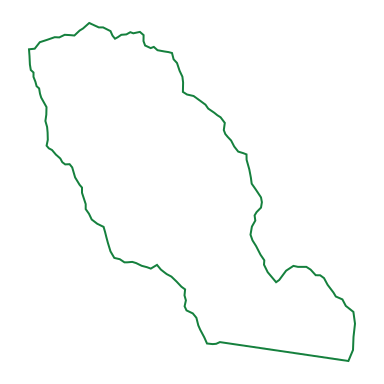 Damianópolis, Goiás, Brazil (Equal Earth projection)
{"feature_id": "56859067B27804700645392", "entity_name": "Damianópolis", "entity_type": "district", "adm_level": 2, "iso_a3": "BRA", "parent_name": "Brazil", "parent_adm1": "Goiás", "projection": "equal_earth", "projection_center": [-46.199, -14.556], "detail": "fine", "context": "isolated", "style": "outline", "palette": "green", "viewbox_px": 384, "rotation_deg": 0, "n_neighbors": 0, "source": "geoboundaries", "source_scale": "gbopen_adm2", "svg_char_len": 1998}
<svg xmlns="http://www.w3.org/2000/svg" viewBox="0 0 384 384"><path d="M353.0,350.0L353.5,337.0L355.0,323.7L353.4,311.9L345.8,305.9L342.4,299.4L335.8,296.5L333.5,292.6L327.6,284.8L324.0,278.1L320.2,275.3L315.7,275.2L310.6,269.6L306.4,266.9L298.1,266.9L293.4,265.9L286.1,270.7L279.2,280.0L276.1,282.2L267.7,272.2L264.0,264.7L264.3,260.3L260.5,254.7L256.1,246.1L252.5,240.4L250.5,234.7L251.9,226.6L255.3,220.6L254.6,215.4L256.6,212.1L261.0,207.6L261.9,202.2L261.0,197.4L255.5,189.1L251.7,183.7L250.9,177.8L249.3,169.4L246.6,159.8L246.5,154.4L243.1,153.1L238.2,151.6L234.2,146.5L231.1,140.5L227.6,136.8L225.3,134.0L223.8,130.1L224.8,122.9L220.6,117.3L217.3,115.2L214.2,112.7L208.2,108.6L205.5,104.7L193.6,96.0L187.0,94.5L182.9,91.9L183.1,82.5L182.4,76.7L179.6,70.8L177.0,63.0L173.6,59.3L172.0,53.0L168.6,52.1L164.6,51.5L157.5,50.2L153.8,46.9L150.7,48.1L145.1,45.5L143.5,41.1L143.6,35.1L139.9,31.9L133.3,33.3L130.3,32.2L126.4,34.4L121.3,34.8L117.8,37.2L115.0,38.7L112.5,35.6L110.5,31.1L103.1,27.4L98.8,27.4L89.2,23.0L83.0,28.5L79.7,30.5L74.4,35.5L69.8,35.1L64.7,34.8L59.3,37.4L54.7,37.2L47.2,39.8L39.8,42.2L34.7,48.7L29.0,49.3L29.5,56.0L29.9,64.5L30.8,70.0L33.5,72.5L33.5,76.9L35.4,81.7L36.6,86.2L39.1,88.4L40.0,93.7L41.2,97.6L46.5,107.1L46.3,114.7L45.4,121.0L47.1,127.0L47.6,132.5L47.8,139.8L46.6,145.7L48.8,148.3L52.0,150.0L55.9,154.6L60.3,158.5L62.3,162.2L65.2,164.4L69.6,164.2L72.2,167.4L75.1,177.4L79.6,184.8L82.0,187.6L82.0,192.8L85.7,204.1L85.7,209.1L89.0,213.8L91.7,219.5L97.3,223.8L103.6,226.9L105.1,232.1L106.4,237.3L107.9,242.9L110.5,251.4L114.3,257.9L119.8,259.2L124.4,262.3L127.5,262.3L132.3,261.9L136.2,263.1L141.7,265.8L147.0,267.2L150.8,268.6L157.0,264.9L160.9,269.6L164.2,272.2L166.7,274.1L171.4,276.6L176.6,281.6L181.4,286.7L185.1,289.4L184.5,295.4L185.9,300.4L184.6,306.3L186.5,310.4L192.8,313.4L196.4,317.8L198.3,325.4L200.2,329.7L204.3,337.4L207.0,343.5L212.7,344.1L216.2,343.8L219.9,342.1L348.4,361.0L351.1,354.5L353.0,350.0Z" fill="none" stroke="#15803d" stroke-width="2"/></svg>